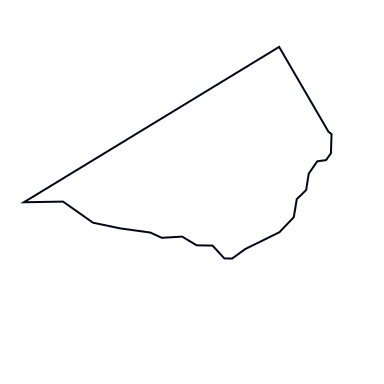 Camp, Texas, United States of America (Equal Earth projection), rotated 149°
{"feature_id": "52423323B72263497206932", "entity_name": "Camp", "entity_type": "district", "adm_level": 2, "iso_a3": "USA", "parent_name": "United States of America", "parent_adm1": "Texas", "projection": "equal_earth", "projection_center": [-94.984, 32.989], "detail": "fine", "context": "isolated", "style": "outline", "palette": "ink", "viewbox_px": 384, "rotation_deg": 149, "n_neighbors": 0, "source": "geoboundaries", "source_scale": "gbopen_adm2", "svg_char_len": 445}
<svg xmlns="http://www.w3.org/2000/svg" viewBox="0 0 384 384"><g transform="rotate(149 192 192)"><path d="M60.7,150.3L53.0,153.6L42.6,169.7L44.0,173.5L42.6,271.5L341.4,269.8L307.5,250.2L292.7,216.7L272.3,197.8L248.6,178.7L241.5,168.3L223.4,158.8L215.5,143.9L202.0,135.5L198.5,118.4L191.9,114.3L175.8,115.7L137.8,112.5L117.7,118.0L105.9,131.9L93.1,134.9L82.5,147.6L68.8,153.8L60.7,150.3Z" fill="none" stroke="#020617" stroke-width="2"/></g></svg>